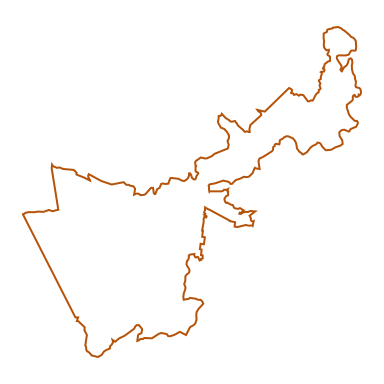 Santa María Petapa, Oaxaca, Mexico (Natural Earth projection)
{"feature_id": "50627088B19284928966846", "entity_name": "Santa María Petapa", "entity_type": "district", "adm_level": 2, "iso_a3": "MEX", "parent_name": "Mexico", "parent_adm1": "Oaxaca", "projection": "natural_earth1", "projection_center": [-95.032, 16.899], "detail": "fine", "context": "isolated", "style": "outline", "palette": "amber", "viewbox_px": 384, "rotation_deg": 0, "n_neighbors": 0, "source": "geoboundaries", "source_scale": "gbopen_adm2", "svg_char_len": 5954}
<svg xmlns="http://www.w3.org/2000/svg" viewBox="0 0 384 384"><path d="M85.3,345.4L86.0,346.6L86.3,349.6L86.9,351.1L89.1,352.4L91.6,355.4L97.8,357.0L101.6,355.0L104.0,351.5L105.6,350.4L110.0,348.4L109.9,346.5L111.7,344.6L113.1,342.1L112.5,339.9L115.2,341.7L119.1,338.4L124.7,335.7L134.2,328.7L135.3,326.4L136.8,325.1L139.0,325.2L141.9,328.7L142.1,329.7L141.4,333.2L138.6,334.4L138.1,335.2L137.3,340.9L139.1,340.3L140.2,339.1L143.2,338.9L144.3,338.0L151.9,338.3L158.9,333.8L161.1,333.0L166.6,334.0L168.1,336.0L169.6,336.3L172.9,335.4L175.5,334.3L179.2,332.1L180.2,332.0L186.0,335.0L190.1,327.1L193.7,325.1L195.3,323.4L196.5,319.9L196.3,313.9L196.7,312.0L198.6,308.8L203.3,303.7L202.4,301.6L200.6,299.8L198.3,299.8L195.2,298.6L190.0,297.9L188.8,298.8L183.7,299.7L183.3,296.9L183.8,293.4L185.2,289.5L185.5,287.3L184.2,284.2L185.2,281.0L185.4,278.8L185.3,276.7L186.2,275.0L188.7,273.0L189.3,272.0L189.5,270.5L189.2,269.2L187.0,265.6L186.5,264.1L187.0,261.0L188.1,259.9L188.9,257.6L188.8,255.7L189.5,254.7L194.3,254.0L194.1,254.8L195.2,257.1L195.7,257.5L197.5,256.9L198.1,257.1L199.6,260.5L201.3,259.8L201.1,258.9L202.7,258.4L202.6,255.3L201.0,255.1L201.6,249.6L199.9,249.2L200.6,243.8L203.9,244.3L204.9,237.3L202.2,236.8L202.9,230.7L202.1,230.6L203.6,222.4L203.7,218.6L204.3,216.9L206.2,217.4L206.6,216.3L204.6,215.0L205.0,214.9L205.4,213.8L204.1,212.8L205.0,210.0L205.1,207.4L208.3,209.4L208.9,209.4L230.0,220.8L229.9,221.1L235.1,222.2L234.6,226.6L237.7,227.0L245.8,225.0L248.9,225.7L252.1,225.4L252.6,225.9L253.7,221.1L252.6,221.5L251.4,220.9L250.8,219.8L251.0,218.5L249.6,215.7L255.2,211.4L250.4,211.0L247.9,212.0L245.7,211.8L243.6,212.3L240.9,213.9L238.6,213.9L239.7,213.4L239.9,212.7L240.8,213.1L243.6,210.3L240.0,208.1L238.2,208.9L235.2,208.4L234.0,207.7L232.8,205.0L230.7,204.6L227.3,202.6L226.8,203.0L226.1,202.9L225.1,201.7L224.4,199.4L224.5,198.6L226.2,196.1L227.9,195.4L228.2,195.0L227.9,192.9L228.2,191.3L227.1,190.6L227.9,189.1L226.5,189.7L223.9,189.8L223.4,190.5L221.9,191.3L209.6,191.3L209.4,191.6L209.0,189.9L209.1,187.0L208.6,185.6L209.1,184.8L210.1,184.2L214.9,183.4L223.3,180.6L228.1,181.7L229.4,182.4L230.4,183.9L231.9,183.9L235.7,180.1L240.1,178.7L243.8,176.8L246.5,177.1L248.9,176.7L252.7,173.0L254.3,168.7L255.0,167.8L255.6,168.3L259.6,169.0L258.5,161.1L259.4,158.6L263.6,156.6L271.9,151.3L273.0,149.9L273.2,147.0L274.7,146.0L274.8,144.6L275.9,143.8L279.1,144.4L279.5,144.0L279.8,140.5L280.1,140.0L282.6,138.7L283.7,137.6L286.6,136.2L288.5,136.4L293.1,138.5L294.8,140.6L295.8,142.4L296.6,145.5L296.9,148.3L299.3,151.7L301.6,153.2L302.4,154.4L303.3,154.4L306.9,152.2L310.7,147.4L312.9,145.8L316.2,144.3L317.5,142.6L319.4,142.9L320.4,143.6L322.6,147.0L325.6,150.1L326.2,150.2L330.0,149.9L331.7,149.5L335.6,147.2L340.3,145.7L342.7,143.9L342.2,140.2L339.6,136.1L339.3,133.0L339.6,131.8L342.0,130.0L344.3,129.7L348.6,131.5L349.5,131.3L350.2,129.5L351.0,128.9L356.2,126.7L357.8,123.5L357.8,122.2L357.3,121.4L356.9,120.9L355.3,121.0L354.3,120.4L350.8,117.0L349.0,114.5L346.8,107.6L346.8,104.9L352.4,100.5L352.8,99.5L352.8,96.4L353.4,95.6L354.3,94.9L355.0,95.4L355.2,96.4L356.2,96.9L357.9,96.7L358.6,95.9L358.7,94.7L359.7,95.3L360.2,94.8L360.8,93.7L361.0,92.4L360.7,90.0L360.2,89.0L359.5,88.1L356.0,87.2L355.5,85.9L356.0,81.5L355.1,79.4L354.8,76.1L352.8,73.0L352.0,69.2L351.8,65.7L352.4,62.5L352.0,59.7L351.0,58.5L350.2,58.4L348.8,59.4L347.9,63.0L346.7,65.4L344.1,67.3L341.8,71.3L340.7,70.4L340.5,69.6L341.0,68.3L341.7,67.6L341.4,65.7L337.8,60.3L336.9,58.5L336.8,57.1L337.1,56.1L338.6,55.4L346.0,55.4L348.7,54.6L351.0,50.8L352.0,50.5L355.0,50.7L355.7,50.2L356.2,47.4L355.8,41.1L354.6,39.1L353.0,37.6L351.2,37.0L349.5,35.0L344.5,30.7L342.6,29.7L341.5,28.5L338.2,27.0L332.8,27.7L332.6,28.3L327.9,29.4L327.3,29.8L326.9,31.9L323.7,33.5L323.6,38.1L324.2,42.2L323.8,43.3L323.9,45.5L324.2,47.7L326.4,50.3L328.9,49.8L328.7,51.9L327.3,54.2L327.8,55.2L329.7,56.3L330.0,56.9L330.1,60.4L329.9,61.1L328.2,61.4L324.7,64.1L324.1,66.8L323.6,67.7L323.2,67.7L323.0,68.6L324.3,69.2L324.5,70.3L323.9,71.6L321.2,71.8L320.8,72.1L321.8,72.9L321.8,74.1L320.8,76.7L320.9,78.9L319.1,80.1L319.0,80.7L319.1,81.5L320.4,83.4L319.5,85.5L320.6,88.4L320.1,89.3L318.8,89.8L318.7,92.2L316.8,93.5L315.6,95.0L313.0,100.2L312.2,100.6L311.2,100.3L309.3,101.3L307.9,101.3L303.4,95.2L300.4,94.6L299.0,95.7L296.5,94.1L294.0,94.9L293.1,93.5L291.2,93.1L291.3,92.1L291.8,91.5L292.0,89.9L291.6,89.4L289.1,88.0L264.8,111.6L257.4,109.9L258.3,111.2L260.5,112.6L261.1,113.7L261.2,115.2L250.3,125.1L249.4,129.4L249.8,131.9L249.2,132.1L246.9,131.3L244.9,131.9L243.2,130.0L237.7,125.3L237.0,123.5L235.9,122.5L235.1,121.0L231.9,121.7L230.3,121.4L229.0,120.1L225.5,117.9L221.8,113.8L221.0,115.6L218.6,116.1L218.6,118.9L217.9,121.6L218.3,123.1L220.9,127.6L224.3,129.0L227.0,132.0L228.9,135.2L229.0,137.8L228.3,139.8L227.7,140.4L227.6,141.6L228.7,144.8L227.8,148.5L214.6,153.8L211.9,156.1L206.7,158.4L205.1,158.5L200.8,157.5L195.7,161.1L195.1,162.5L195.6,165.6L196.2,166.0L195.6,166.9L195.5,170.9L196.0,171.7L198.0,172.7L198.3,173.3L196.4,176.3L195.8,178.6L195.0,179.4L193.9,179.5L192.0,177.8L191.1,175.0L190.1,173.3L189.1,173.4L189.0,175.8L187.9,178.2L186.2,179.9L184.1,181.0L181.9,180.6L178.4,178.8L171.1,177.9L170.3,178.3L168.5,182.8L168.4,183.6L165.5,184.0L162.8,183.5L161.2,183.9L159.6,187.8L157.2,189.2L155.3,194.0L154.7,194.1L153.8,193.1L153.0,187.8L151.0,187.9L145.4,194.2L143.8,194.9L140.3,195.1L139.1,193.9L137.3,193.6L136.0,193.7L134.1,194.7L135.1,188.7L133.4,186.3L130.1,185.7L128.7,184.8L126.3,184.8L123.7,182.2L111.6,184.5L101.3,181.0L88.8,174.2L88.2,175.4L88.3,177.1L89.8,179.8L90.0,180.6L84.2,177.6L76.6,174.6L76.3,174.2L76.6,172.7L73.7,169.9L63.2,169.0L59.7,167.5L56.9,167.8L53.3,166.3L52.1,164.6L51.7,168.4L58.3,209.7L52.5,211.2L48.9,210.0L43.3,211.9L38.1,211.6L34.4,212.2L28.7,212.1L25.4,212.9L23.7,214.2L23.1,214.1L23.0,214.5L75.4,317.4L78.1,317.4L76.9,321.0L77.9,321.0L78.5,321.4L84.7,327.3L84.4,330.1L86.9,335.0L85.3,345.4Z" fill="none" stroke="#b45309" stroke-width="2"/></svg>